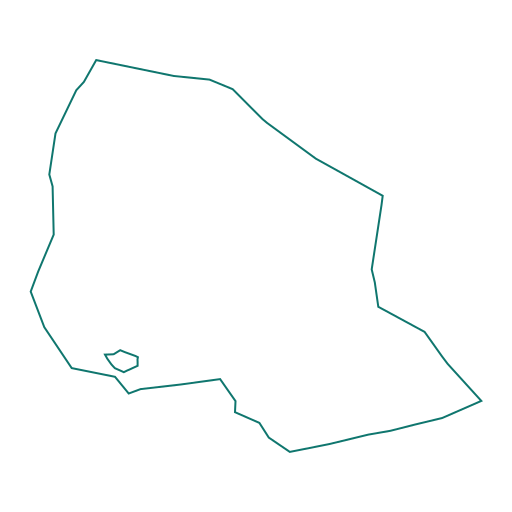 outline of Su'xbaatar, Sühbaatar, Mongolia
{"feature_id": "93677404B60668792208012", "entity_name": "Su'xbaatar", "entity_type": "district", "adm_level": 2, "iso_a3": "MNG", "parent_name": "Mongolia", "parent_adm1": "Sühbaatar", "projection": "mercator", "projection_center": [113.619, 46.984], "detail": "fine", "context": "isolated", "style": "outline", "palette": "teal", "viewbox_px": 512, "rotation_deg": 0, "n_neighbors": 0, "source": "geoboundaries", "source_scale": "gbopen_adm2", "svg_char_len": 1011}
<svg xmlns="http://www.w3.org/2000/svg" viewBox="0 0 512 512"><path d="M390.4,430.8L414.4,424.7L442.2,418.0L481.3,400.9L447.6,363.8L442.1,356.5L424.6,331.9L378.3,306.8L374.8,282.4L371.7,269.4L381.5,205.1L382.7,195.8L368.7,188.0L315.9,158.7L267.3,123.1L262.5,119.1L250.2,106.8L232.7,89.2L209.5,79.6L173.8,76.0L96.2,60.1L83.9,81.9L76.3,90.2L55.5,133.4L49.3,174.5L52.6,186.4L53.7,234.6L38.2,271.5L30.7,291.6L44.3,327.2L71.7,368.1L115.0,376.8L128.7,393.5L140.6,389.1L180.7,384.5L220.1,379.1L235.5,401.1L235.0,412.2L259.4,422.9L268.8,437.6L289.8,451.9L329.1,444.1L368.4,434.6L390.4,430.8ZM131.7,368.5L130.9,368.9L128.9,369.8L127.4,370.4L123.8,372.2L123.7,372.2L123.2,371.9L120.6,370.7L116.5,368.9L114.9,368.2L113.1,366.3L111.4,364.4L110.0,362.5L109.8,362.2L107.3,358.7L105.0,354.6L110.8,354.4L112.8,354.3L113.6,354.2L113.9,354.1L117.6,351.8L120.2,350.2L124.8,352.1L127.8,353.2L135.5,356.0L137.9,357.2L137.5,359.5L137.6,362.0L137.6,365.0L137.6,365.8L131.7,368.5Z" fill="none" stroke="#0f766e" stroke-width="2"/></svg>